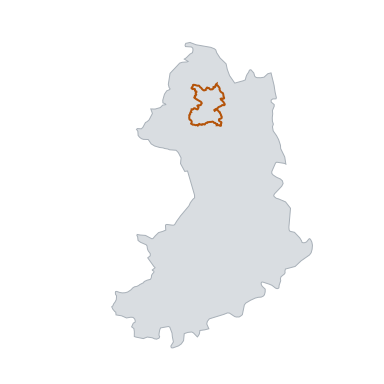 Telimele, Télimélé, Guinea (highlighted), rotated 74°
{"feature_id": "49546643B50480493924889", "entity_name": "Telimele", "entity_type": "district", "adm_level": 2, "iso_a3": "GIN", "parent_name": "Guinea", "parent_adm1": "Télimélé", "projection": "mercator", "projection_center": [-13.353, 10.89], "detail": "fine", "context": "in_parent", "style": "outline", "palette": "amber", "viewbox_px": 384, "rotation_deg": 74, "n_neighbors": 0, "source": "geoboundaries", "source_scale": "gbopen_adm2", "svg_char_len": 7393}
<svg xmlns="http://www.w3.org/2000/svg" viewBox="0 0 384 384"><g transform="rotate(74 192 192)"><path d="M234.5,250.5L231.5,250.1L230.1,250.6L226.1,255.4L223.7,257.2L220.0,256.6L218.7,257.0L217.7,256.4L219.0,253.8L220.9,248.7L225.9,243.5L226.0,242.4L224.0,239.4L221.8,235.3L221.8,230.9L221.4,227.7L217.1,226.8L216.3,226.3L216.2,225.2L218.6,219.7L218.8,218.5L218.5,217.6L215.8,214.7L211.7,209.5L204.5,198.8L201.8,196.5L199.3,193.2L198.3,191.1L195.6,190.4L170.6,190.5L170.2,193.3L161.5,195.2L156.2,193.1L150.3,194.3L147.5,195.8L145.2,202.0L144.0,203.4L142.7,206.2L141.6,207.7L140.3,210.8L137.5,215.2L134.5,218.0L129.5,219.6L128.0,224.2L126.8,225.9L124.9,227.3L122.8,228.2L118.7,227.3L116.4,228.1L116.0,226.9L117.3,223.3L116.3,221.4L112.4,217.6L112.0,215.7L110.8,213.3L105.6,208.4L100.8,208.7L102.1,204.6L102.1,199.2L100.4,196.2L100.8,193.1L99.9,193.3L98.3,195.4L95.7,194.8L90.4,191.5L87.8,188.4L87.5,185.7L86.9,184.6L85.3,185.2L82.0,185.1L71.9,180.4L64.7,168.3L64.6,165.6L65.6,160.9L65.4,159.7L62.1,162.8L61.5,160.7L58.9,155.9L58.2,153.1L55.8,151.9L53.9,151.6L52.4,152.6L50.4,158.2L48.9,158.2L47.4,157.0L47.7,152.7L51.6,147.5L58.1,134.1L60.4,131.1L61.9,130.0L64.9,129.9L70.9,128.1L78.2,123.9L83.9,124.3L90.5,123.8L99.1,120.9L99.2,111.9L98.9,109.9L95.9,108.1L94.1,106.6L92.5,104.6L90.7,103.2L90.7,101.7L94.6,99.8L98.1,99.8L99.3,99.0L100.1,97.8L101.1,94.5L101.5,91.1L99.2,86.5L99.3,83.2L112.0,83.7L118.9,84.6L124.6,84.9L125.6,85.6L124.8,88.8L125.5,90.6L127.4,91.1L130.6,88.9L132.3,89.4L135.8,92.2L139.2,92.9L142.8,94.4L146.2,95.2L149.2,95.1L151.5,96.7L155.7,97.1L161.2,95.2L165.5,94.3L171.5,94.1L174.7,94.8L183.9,93.2L191.1,94.1L190.0,95.2L186.7,102.3L187.0,103.6L194.4,109.7L196.1,110.2L198.1,109.3L201.3,106.5L203.8,103.5L206.2,102.0L209.0,102.1L211.2,104.2L216.5,113.2L217.8,114.4L219.0,114.3L221.3,112.7L222.5,110.7L227.3,104.8L234.8,101.8L252.6,108.6L255.3,109.1L256.8,108.6L259.0,104.6L265.7,101.1L269.0,100.2L270.8,100.1L271.5,99.0L271.8,97.3L271.5,95.6L269.4,92.6L269.3,91.7L270.5,91.1L273.1,90.6L276.4,90.9L280.1,92.3L283.2,94.2L284.9,96.4L288.2,106.0L292.0,113.4L291.8,123.4L293.5,124.4L295.3,124.8L296.2,125.6L298.0,129.8L299.7,130.9L301.8,131.2L305.6,133.9L308.1,134.9L308.4,135.7L308.4,136.8L307.4,138.2L303.7,140.9L301.8,143.3L298.0,148.9L297.9,150.0L298.7,150.7L300.3,150.9L302.0,150.5L305.5,148.4L308.2,149.2L310.8,150.7L311.8,152.4L312.1,154.5L311.5,157.3L311.4,160.4L312.2,165.6L313.6,170.9L315.0,172.8L323.8,177.4L324.6,179.2L325.1,181.1L324.4,183.8L323.5,185.3L318.7,189.4L318.0,191.3L318.4,195.0L318.7,210.3L320.6,212.9L322.9,214.2L328.1,213.5L328.0,217.8L327.3,222.6L330.4,224.0L331.9,225.5L332.8,226.8L327.9,229.4L326.5,230.8L325.8,234.8L326.0,238.5L332.6,241.1L335.1,244.2L336.2,247.4L336.6,253.4L336.0,254.8L334.3,254.8L331.0,251.2L325.9,250.8L322.1,250.1L315.8,250.6L314.8,251.7L314.0,259.7L315.6,261.0L318.6,262.5L320.5,263.2L322.2,263.0L323.4,264.0L323.7,266.6L322.8,268.5L321.2,270.3L319.1,275.0L319.5,279.2L316.0,285.9L315.0,287.3L310.3,285.9L307.2,285.5L305.0,287.2L301.9,284.6L301.4,282.5L300.2,282.1L298.2,282.1L296.3,283.2L295.5,285.3L295.0,289.7L291.6,293.8L289.2,298.9L286.4,298.4L285.8,299.1L282.8,300.4L280.2,300.8L279.6,299.4L278.1,298.3L276.4,296.1L274.5,294.4L270.9,293.1L269.5,293.7L267.8,293.5L266.6,292.8L266.8,291.8L268.7,289.1L269.8,286.7L270.4,284.0L270.4,281.4L269.3,277.8L267.7,275.0L267.3,273.3L267.5,271.0L267.1,268.8L266.6,267.7L265.8,263.5L264.9,262.7L264.4,259.4L264.5,256.0L263.1,254.7L260.9,253.8L259.6,252.4L258.8,250.9L258.0,250.5L257.3,250.6L256.7,251.5L256.0,251.7L254.7,248.5L254.2,248.4L253.3,249.1L243.1,252.7L241.8,249.7L239.8,249.1L236.5,250.3L234.5,250.5Z" fill="#d9dde1" stroke="#a8b0b8" stroke-width="1"/><path d="M102.3,163.6L104.4,161.9L104.4,161.7L105.6,160.7L107.6,158.7L108.6,158.2L109.1,158.2L109.6,158.3L109.7,158.7L110.2,159.2L110.6,159.4L110.6,159.7L110.8,159.9L110.8,160.8L110.4,161.6L110.4,162.8L110.5,163.0L110.9,163.0L111.2,162.9L111.3,162.8L111.6,162.8L111.9,162.6L112.1,162.5L112.1,162.4L112.4,162.4L112.8,162.8L113.1,162.9L113.4,163.0L113.5,163.1L114.1,163.9L113.9,164.5L113.3,165.1L113.1,165.5L112.7,165.7L112.4,166.3L112.2,166.5L112.1,167.0L112.3,167.2L112.8,167.9L112.8,168.1L112.6,168.6L112.4,169.6L112.7,169.7L112.9,169.8L113.4,169.9L113.5,170.1L113.9,170.6L114.1,170.7L114.2,170.9L114.5,170.9L115.1,170.8L115.1,171.2L115.5,171.9L116.3,172.4L116.7,172.3L117.0,172.5L117.1,173.1L117.4,173.5L117.5,173.5L118.6,173.7L119.5,174.1L120.2,174.3L120.4,174.2L120.7,174.2L121.2,174.4L121.9,174.2L122.3,173.6L123.0,173.1L123.9,172.9L124.4,172.9L125.1,173.2L125.8,173.6L125.8,173.8L125.9,174.0L126.1,174.0L126.9,173.3L127.1,172.9L127.3,172.6L127.5,172.6L127.7,172.0L128.0,171.3L128.8,170.1L128.9,169.6L128.8,169.3L129.0,168.6L129.4,168.1L129.7,168.0L129.4,167.5L128.9,167.3L128.7,166.8L128.6,166.2L128.9,165.9L129.0,165.8L129.1,166.1L129.3,166.1L129.5,165.2L130.2,164.0L130.1,163.8L129.7,163.7L129.7,162.8L129.9,162.4L130.4,161.7L130.6,161.2L130.3,160.7L130.0,160.5L129.7,160.0L129.4,158.5L129.6,158.2L129.3,158.0L129.2,157.6L129.5,156.5L129.5,155.7L129.9,154.5L130.0,152.9L130.5,152.2L131.5,151.8L131.8,151.4L131.8,150.9L132.2,150.5L133.4,150.0L133.6,149.1L134.0,149.2L134.7,149.7L134.8,149.3L135.0,148.2L135.3,147.7L135.3,147.3L135.9,147.0L136.2,146.6L136.2,146.2L136.2,145.9L135.9,145.7L134.3,145.3L133.9,144.8L133.4,144.6L133.0,144.6L132.6,144.8L132.1,145.5L131.4,146.1L130.8,146.4L129.8,146.1L129.5,145.9L129.4,145.4L129.4,144.1L129.1,143.4L128.9,143.0L128.4,142.9L128.0,142.8L127.8,142.7L127.4,142.7L127.2,142.9L126.5,143.0L126.3,143.0L126.0,143.0L125.8,142.9L125.6,142.9L125.4,142.9L125.2,143.0L124.8,143.1L124.4,143.2L124.2,143.3L123.9,143.4L123.7,143.4L123.2,143.2L123.1,143.3L122.8,143.4L122.7,143.5L122.6,143.8L122.3,143.9L122.0,144.0L121.7,144.2L121.3,144.4L121.0,144.5L120.7,144.7L120.5,144.8L120.4,144.8L120.1,144.9L119.8,144.9L119.5,144.9L119.4,145.0L119.2,145.0L119.4,145.6L119.9,146.8L120.2,147.8L119.7,147.9L119.5,148.0L119.4,148.0L118.8,146.4L118.7,144.6L117.7,143.1L117.5,141.2L117.2,139.8L116.8,139.2L116.8,138.8L117.4,137.2L117.1,136.5L116.8,136.4L116.3,136.4L115.6,136.5L115.1,136.8L114.2,136.9L113.4,137.4L112.4,137.8L111.6,138.5L111.0,138.7L110.3,138.7L110.2,138.1L111.0,136.0L110.8,135.4L110.5,135.2L109.5,135.2L109.1,135.4L108.1,135.2L107.8,135.2L107.2,135.1L106.1,135.0L105.5,135.1L105.3,135.2L104.5,136.1L103.3,136.9L103.0,137.0L101.0,137.3L100.6,137.0L100.3,136.9L99.2,137.0L98.9,137.0L98.3,137.4L97.1,137.8L96.7,138.0L96.2,138.4L95.8,138.6L95.2,138.7L94.8,138.5L94.9,138.8L95.3,139.1L95.4,139.5L96.1,139.8L96.2,140.1L96.5,140.4L96.8,140.3L97.2,140.9L97.5,141.0L97.6,141.6L97.2,141.9L97.0,142.4L97.3,142.6L98.2,142.8L98.6,143.3L98.9,144.3L98.6,144.9L98.7,145.6L98.0,146.6L97.0,146.9L96.6,147.2L96.5,148.2L96.2,148.2L95.9,148.4L95.8,148.9L97.6,151.1L97.7,151.4L97.5,152.0L97.7,151.8L97.7,152.2L97.4,152.9L96.0,153.9L94.5,154.4L93.6,155.2L91.8,155.9L91.5,156.5L91.4,157.3L90.9,158.2L89.8,159.8L89.6,160.7L89.4,160.9L89.5,161.5L89.8,161.5L90.3,161.9L91.8,163.7L92.3,163.8L92.6,163.5L92.4,163.1L92.4,162.9L92.6,162.8L93.1,163.1L93.3,162.9L93.4,161.7L93.6,161.3L93.9,160.9L94.1,160.8L94.6,161.1L95.4,161.2L95.7,161.0L95.9,160.7L96.4,160.7L96.7,160.1L97.2,160.2L97.9,161.2L98.4,161.3L98.7,161.2L99.6,161.1L99.8,161.3L100.1,162.4L100.5,162.3L101.1,162.6L100.9,162.8L101.1,162.9L101.0,163.0L101.4,163.4L101.5,163.4L101.7,163.7L102.3,163.6Z" fill="none" stroke="#b45309" stroke-width="2"/></g></svg>